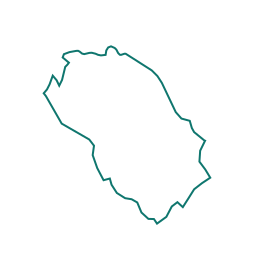 map outline of Monte Cristi (Albers equal-area conic projection), rotated 37°
{"feature_id": "DOM-1964", "entity_name": "Monte Cristi", "entity_type": "Province", "adm_level": 1, "iso_a3": "DOM", "parent_name": "Dominican Republic", "parent_adm1": "", "projection": "albers", "projection_center": [-71.5, 19.721], "detail": "fine", "context": "isolated", "style": "outline", "palette": "teal", "viewbox_px": 256, "rotation_deg": 37, "n_neighbors": 0, "source": "natural_earth", "source_scale": "10m", "svg_char_len": 973}
<svg xmlns="http://www.w3.org/2000/svg" viewBox="0 0 256 256"><g transform="rotate(37 128 128)"><path d="M39.8,151.0L40.1,146.0L39.1,140.3L36.4,131.5L42.2,132.8L47.6,135.6L46.4,129.3L41.1,117.0L41.5,113.8L41.5,111.4L33.4,111.0L32.4,107.6L35.6,102.6L40.4,97.4L41.7,96.4L43.3,96.1L46.6,96.2L48.6,95.3L52.0,91.2L53.8,89.7L57.4,88.2L60.0,87.6L62.7,86.3L66.1,83.1L64.0,79.1L63.7,75.6L65.3,73.0L69.2,72.1L71.5,72.4L75.1,74.1L77.4,74.4L78.4,73.8L80.5,70.8L81.5,70.1L112.3,67.7L120.2,68.8L127.9,71.6L156.6,86.6L165.0,88.3L173.0,85.1L179.0,89.6L183.3,91.5L196.6,92.0L197.2,91.8L199.3,102.7L205.3,111.9L214.6,114.6L223.6,118.2L220.3,127.5L217.7,137.1L218.6,147.7L219.4,158.2L212.1,157.5L210.2,164.3L212.1,175.9L208.7,186.9L203.5,185.1L199.0,188.3L189.6,187.4L180.2,181.9L173.8,182.7L167.9,185.8L158.2,186.6L149.0,183.2L143.9,179.3L139.9,184.4L127.5,178.5L116.1,170.9L111.5,162.6L104.0,160.5L72.4,164.4L43.2,151.9L39.8,151.0Z" fill="none" stroke="#0f766e" stroke-width="2"/></g></svg>